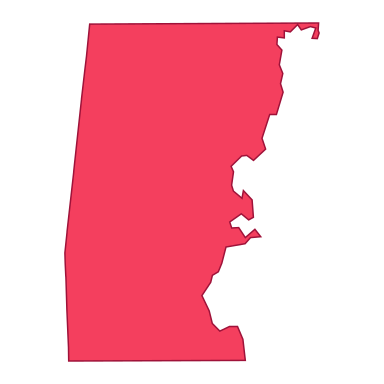 the district of Choctaw, Alabama, United States of America
{"feature_id": "52423323B57218396029551", "entity_name": "Choctaw", "entity_type": "district", "adm_level": 2, "iso_a3": "USA", "parent_name": "United States of America", "parent_adm1": "Alabama", "projection": "orthographic", "projection_center": [-88.16, 32.004], "detail": "fine", "context": "isolated", "style": "filled", "palette": "rose", "viewbox_px": 384, "rotation_deg": 0, "n_neighbors": 0, "source": "geoboundaries", "source_scale": "gbopen_adm2", "svg_char_len": 1001}
<svg xmlns="http://www.w3.org/2000/svg" viewBox="0 0 384 384"><path d="M68.7,361.0L245.3,360.4L242.9,339.3L237.5,326.5L229.5,326.5L219.8,331.1L212.3,323.5L209.2,310.9L201.9,295.6L210.7,282.3L212.4,275.3L218.3,271.8L221.8,263.2L226.0,247.0L245.1,243.7L250.5,237.6L260.7,236.7L254.9,229.3L245.3,237.6L238.7,227.6L231.7,228.0L229.7,222.0L241.3,213.8L248.7,219.9L253.4,217.3L252.1,199.9L243.4,190.6L242.0,198.3L233.4,191.1L231.6,185.2L233.5,171.8L231.1,166.3L241.6,156.0L246.8,155.4L253.5,160.4L265.6,149.1L262.0,138.3L269.7,114.5L276.4,114.5L283.1,92.2L280.5,83.7L282.8,73.5L279.3,64.8L281.9,50.1L276.9,44.5L277.4,37.1L284.3,37.9L284.3,30.8L290.3,31.9L297.6,24.6L301.3,29.9L310.4,26.6L315.8,28.0L312.1,38.3L317.3,38.6L319.1,33.0L318.1,30.4L318.6,23.0L89.7,24.1L86.5,56.3L85.0,68.7L81.5,99.0L81.5,99.4L79.4,118.8L74.4,165.1L73.7,171.9L73.7,172.4L67.1,231.2L67.0,232.8L64.9,252.9L65.2,263.2L65.8,276.3L65.9,276.5L66.9,309.8L68.5,347.5L68.7,361.0Z" fill="#f43f5e" stroke="#9f1239" stroke-width="1.5"/></svg>